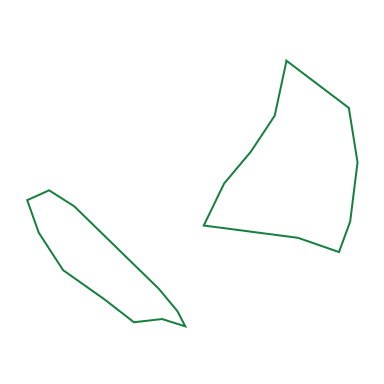 Callao, Albers equal-area conic projection, rotated 2°
{"feature_id": "PER-3505", "entity_name": "Callao", "entity_type": "Departamento", "adm_level": 1, "iso_a3": "PER", "parent_name": "Peru", "parent_adm1": "", "projection": "albers", "projection_center": [-77.175, -12.057], "detail": "fine", "context": "isolated", "style": "outline", "palette": "green", "viewbox_px": 384, "rotation_deg": 2, "n_neighbors": 0, "source": "natural_earth", "source_scale": "10m", "svg_char_len": 456}
<svg xmlns="http://www.w3.org/2000/svg" viewBox="0 0 384 384"><g transform="rotate(2 192 192)"><path d="M341.0,246.9L299.5,234.1L204.9,225.1L223.8,182.4L249.5,149.5L272.0,112.8L281.8,57.9L281.8,57.5L282.1,57.7L345.8,102.5L356.4,156.6L351.1,216.0L341.0,246.9ZM74.8,210.4L162.3,290.0L181.5,311.5L190.0,326.5L166.4,320.0L138.5,324.2L108.6,302.6L65.9,274.6L40.3,238.1L27.6,205.9L49.1,195.3L74.8,210.4Z" fill="none" stroke="#15803d" stroke-width="2"/></g></svg>